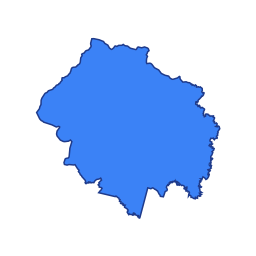 outline of El Carmen De Chucuri, Santander, Colombia, rotated 198°
{"feature_id": "7082276B87147370357978", "entity_name": "El Carmen De Chucuri", "entity_type": "district", "adm_level": 2, "iso_a3": "COL", "parent_name": "Colombia", "parent_adm1": "Santander", "projection": "mercator", "projection_center": [-73.616, 6.671], "detail": "fine", "context": "isolated", "style": "filled", "palette": "blue", "viewbox_px": 256, "rotation_deg": 198, "n_neighbors": 0, "source": "geoboundaries", "source_scale": "gbopen_adm2", "svg_char_len": 5646}
<svg xmlns="http://www.w3.org/2000/svg" viewBox="0 0 256 256"><g transform="rotate(198 128 128)"><path d="M219.7,114.5L214.8,109.4L212.9,108.3L211.0,108.0L210.0,107.5L201.2,107.5L196.5,106.8L194.6,108.1L193.5,108.1L193.2,107.2L194.5,103.2L194.1,100.2L193.0,98.5L188.6,95.6L185.4,95.2L183.9,95.5L180.5,97.1L179.0,98.8L177.2,97.7L177.0,90.8L175.1,82.4L175.5,81.1L177.6,79.9L178.2,79.1L178.2,75.3L177.2,73.7L174.5,73.9L172.9,75.0L168.1,76.1L167.1,76.8L163.1,73.5L161.8,72.9L161.5,72.3L161.7,71.2L160.0,70.2L158.9,68.8L157.6,68.4L156.8,67.5L152.5,65.0L151.8,64.2L151.9,62.8L151.1,62.1L150.7,62.1L150.4,62.9L148.7,63.5L148.9,63.9L148.0,64.1L148.4,64.6L146.9,64.9L146.7,64.4L146.0,64.5L144.4,65.4L143.6,65.4L143.1,67.6L142.0,69.3L139.7,70.6L138.5,71.9L137.8,71.3L137.7,70.7L137.1,70.3L138.8,67.1L137.9,66.2L138.4,65.9L138.4,65.2L138.8,64.7L137.4,63.9L137.1,62.9L134.9,63.1L134.1,62.7L134.4,60.7L134.9,60.1L135.9,57.4L118.9,58.8L118.6,59.4L117.8,59.5L116.7,58.8L115.1,58.5L114.2,57.3L113.5,57.4L113.5,55.7L112.9,55.5L112.0,55.8L111.5,54.6L111.6,54.0L109.8,54.0L109.7,54.7L108.5,54.0L109.0,53.3L108.8,53.0L107.9,53.4L107.3,52.9L106.9,53.3L107.0,51.8L106.7,51.5L104.3,51.0L102.7,50.1L102.3,49.1L102.8,48.8L102.7,47.6L101.2,46.4L100.7,46.8L100.4,45.9L99.8,46.4L98.4,46.7L97.4,46.9L96.9,46.5L95.7,47.0L95.5,47.3L96.3,47.5L96.6,48.1L96.6,48.7L96.2,49.0L94.7,48.6L94.2,47.7L92.2,47.6L91.4,46.9L91.3,47.9L91.0,48.0L90.5,46.7L89.5,45.8L89.0,46.2L90.7,77.2L87.5,77.3L86.1,78.7L85.1,78.6L83.6,78.0L82.7,78.1L81.6,77.4L80.6,77.4L77.9,74.7L76.8,74.1L76.1,73.0L73.1,73.5L73.0,79.1L71.6,80.5L71.7,81.8L73.2,83.5L73.1,85.1L72.6,85.9L72.1,85.9L72.5,86.5L71.7,86.7L71.2,87.6L71.2,87.8L71.6,87.8L71.9,88.4L71.0,89.2L70.6,88.9L70.1,89.3L70.6,89.8L69.7,89.8L69.9,90.3L69.3,90.8L68.8,90.3L68.6,90.9L68.1,90.9L67.9,91.4L67.4,91.3L67.4,91.8L66.7,91.6L66.7,92.2L66.2,91.5L65.2,92.3L63.5,91.8L65.0,90.6L63.7,88.9L63.3,89.0L62.8,90.3L62.0,90.2L62.0,89.4L61.5,89.4L61.2,90.0L61.4,90.8L59.3,89.8L58.7,90.3L58.0,90.4L56.8,90.2L56.0,89.4L56.0,87.8L55.2,88.1L55.1,88.8L53.8,90.0L53.4,89.2L53.4,88.3L54.2,87.2L53.3,87.2L53.5,86.0L53.2,85.9L52.4,86.6L51.7,86.5L51.2,85.8L50.5,86.3L49.5,85.3L49.8,83.9L49.4,82.0L49.0,83.2L48.0,83.2L47.1,82.8L46.6,81.5L45.3,81.9L44.1,81.3L42.9,81.3L42.5,81.5L42.5,82.5L41.9,81.9L41.7,82.6L40.2,82.7L40.8,84.5L39.7,85.6L38.8,85.2L38.0,85.7L38.2,86.1L38.5,85.7L39.1,85.9L37.8,87.3L39.0,87.3L40.0,88.1L37.8,89.4L40.1,90.2L41.0,92.4L41.8,93.0L41.2,94.0L40.1,94.2L39.9,94.7L41.0,95.1L41.4,94.3L43.0,94.5L43.0,95.2L42.2,96.1L43.0,97.2L43.0,98.1L42.2,99.3L43.4,99.4L43.5,99.8L41.8,101.4L41.8,101.8L43.0,102.2L41.8,102.6L41.6,104.7L39.7,104.3L38.0,103.1L36.9,104.4L36.3,106.9L36.6,107.8L37.4,108.1L37.6,108.5L36.3,108.5L36.3,108.8L36.5,109.2L37.5,109.7L37.8,110.4L36.6,112.8L37.1,113.1L38.5,112.5L39.1,113.0L37.4,114.1L36.5,115.6L37.0,115.9L37.0,117.8L38.3,117.2L39.1,117.8L38.3,118.1L38.0,119.2L38.1,119.5L39.4,119.8L38.4,120.9L39.4,122.8L39.5,124.5L39.3,124.7L38.5,123.8L38.0,124.9L38.5,125.3L40.0,125.0L40.5,126.5L39.9,128.3L39.8,130.6L39.8,130.9L40.8,131.4L39.7,133.3L39.7,135.1L40.1,135.2L41.6,134.6L41.9,135.1L41.5,136.0L43.1,136.2L43.8,135.6L44.6,136.3L45.4,136.3L45.1,137.7L43.4,137.6L42.7,138.9L44.0,139.2L43.9,140.5L45.9,140.8L46.3,141.7L46.0,143.9L44.8,144.0L43.7,144.8L42.7,143.6L42.2,143.5L42.1,144.4L41.2,145.4L40.1,145.7L40.2,146.5L41.3,147.5L40.4,149.0L41.2,150.1L40.8,151.3L41.5,152.1L40.5,155.6L41.7,157.5L42.4,157.8L43.0,157.6L43.3,156.8L44.9,156.6L44.2,157.5L44.5,159.5L45.7,160.1L46.2,159.6L47.2,159.4L47.7,159.7L47.8,161.0L49.1,161.1L48.7,163.7L49.0,164.6L50.1,164.5L50.4,165.9L50.8,165.9L50.9,165.2L52.2,165.3L53.6,164.6L54.2,165.2L55.6,165.2L56.1,165.8L57.6,165.6L58.5,165.1L57.9,163.2L58.9,162.3L59.3,163.1L60.2,163.4L60.2,164.3L61.0,164.8L60.8,165.8L61.2,166.7L60.9,169.1L61.2,169.7L63.9,170.5L64.4,169.9L64.9,170.0L65.2,169.6L66.3,170.3L66.3,171.0L67.2,171.6L67.8,170.9L67.7,170.3L68.1,170.1L69.0,171.5L70.1,171.3L71.0,171.6L71.4,173.0L71.2,173.3L70.6,173.3L71.3,174.0L71.0,174.2L70.1,173.9L69.6,174.3L69.5,174.9L69.9,175.6L69.6,176.9L69.2,177.2L67.8,180.2L67.9,181.0L67.0,181.3L66.4,183.0L66.8,183.5L66.4,184.4L66.6,185.0L67.0,185.1L67.8,184.5L69.0,185.2L68.9,186.7L69.7,188.6L72.0,189.4L72.2,189.0L73.1,188.8L73.8,189.0L75.3,188.1L75.7,188.2L76.0,189.4L77.3,189.8L77.9,188.7L79.5,189.2L80.2,188.5L80.9,189.5L81.7,189.2L82.0,189.7L83.5,190.1L85.1,189.7L87.0,189.9L90.0,188.6L92.8,190.2L93.6,190.8L94.5,192.8L95.1,192.9L96.4,190.9L100.3,188.2L101.3,188.0L103.3,188.4L105.4,189.9L109.1,189.6L113.2,190.2L116.8,192.7L121.5,193.5L124.9,195.9L126.1,196.4L127.2,196.4L130.0,195.1L130.7,195.9L131.5,198.6L131.8,200.3L131.6,202.2L133.2,203.2L132.8,205.2L132.9,206.5L131.9,208.0L133.1,209.6L134.1,210.1L137.3,210.2L139.8,208.5L143.3,208.2L143.9,207.6L144.3,205.4L144.8,205.0L150.4,204.6L153.7,205.8L156.3,205.3L158.4,206.0L159.3,204.8L162.4,203.7L163.8,202.1L165.1,202.2L165.8,201.8L166.4,199.8L167.4,198.1L168.1,197.6L170.3,198.3L172.8,200.6L176.2,201.3L178.0,202.7L182.7,203.0L188.2,202.4L190.0,201.7L189.7,197.0L189.1,195.5L188.6,195.2L188.3,193.9L189.6,190.1L191.5,188.8L192.2,188.0L192.8,185.9L194.6,184.3L194.8,183.7L194.0,182.6L194.6,180.1L193.7,175.7L193.9,174.0L195.3,172.3L195.3,171.6L195.9,171.2L196.5,169.8L198.9,168.8L199.8,168.1L200.2,166.6L200.0,164.8L200.2,162.1L201.0,160.7L201.5,159.0L203.6,157.2L204.1,156.2L206.1,155.4L206.0,153.9L205.4,153.0L206.4,150.8L206.5,149.8L207.4,148.9L207.4,148.0L209.3,146.5L210.1,144.3L211.1,143.1L211.6,141.5L215.2,138.8L216.0,136.8L217.4,135.6L217.8,134.7L219.1,129.8L219.2,127.6L218.0,123.4L218.4,120.9L218.2,119.0L219.7,114.5Z" fill="#3b82f6" stroke="#1e3a8a" stroke-width="1.5"/></g></svg>